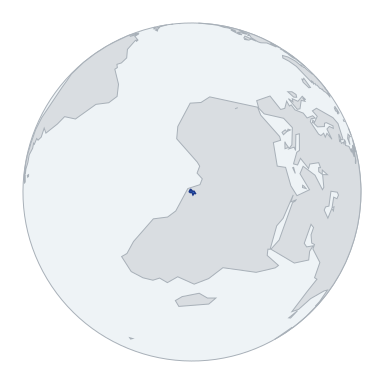 the Earth from above Moyen-Ogooué, rotated 59°
{"feature_id": "GAB-2621", "entity_name": "Moyen-Ogooué", "entity_type": "Province", "adm_level": 1, "iso_a3": "GAB", "parent_name": "Gabon", "parent_adm1": "", "projection": "orthographic", "projection_center": [10.538, -0.51], "detail": "fine", "context": "on_globe", "style": "filled", "palette": "blue", "viewbox_px": 384, "rotation_deg": 59, "n_neighbors": 0, "source": "natural_earth", "source_scale": "10m", "svg_char_len": 7354}
<svg xmlns="http://www.w3.org/2000/svg" viewBox="0 0 384 384"><g transform="rotate(59 192 192)"><circle cx="192" cy="192" r="169" fill="#eef3f6" stroke="#a8b0b8"/><path d="M88.8,58.2L89.3,57.8L90.1,57.2L95.9,53.0L98.9,51.0L104.5,47.5L107.2,45.9L113.5,42.4L114.2,42.1L111.5,44.0L106.2,47.1L104.9,48.2L111.2,45.0L102.8,51.1L99.5,56.2L97.1,58.2L90.1,61.8L86.7,61.9L77.6,68.6L85.1,63.8L79.1,69.7L78.8,70.7L80.1,70.4L83.0,68.1L81.3,70.3L73.2,75.3L74.7,73.4L77.2,71.7L75.6,72.0L70.1,76.4L67.5,79.6L61.9,84.5L60.0,87.0L57.7,89.7L61.2,85.3L54.8,93.7L50.5,99.6L58.8,88.1L67.9,77.3L78.0,67.3L88.8,58.2ZM25.4,164.0L25.1,166.6L26.7,159.4L28.5,155.4L26.7,165.2L29.1,156.2L29.1,160.8L33.7,160.1L32.9,162.4L36.5,173.9L43.4,178.9L45.0,186.1L43.9,190.6L46.9,191.9L47.0,194.9L61.8,199.5L71.5,207.0L72.6,217.4L67.4,229.2L69.4,254.3L61.8,262.4L64.4,272.4L66.3,286.9L61.1,285.8L67.3,293.0L68.3,297.3L66.2,297.6L69.9,302.6L68.6,302.7L72.4,306.0L76.3,312.4L82.3,317.6L86.8,322.6L90.8,325.6L90.2,325.5L91.2,326.6L93.4,328.3L88.9,325.5L80.7,318.8L77.1,315.3L76.3,314.8L68.1,305.8L69.4,307.6L58.0,293.9L50.8,282.4L35.1,248.9L32.3,242.2L28.8,234.6L25.1,218.3L23.5,204.0L23.1,189.5L23.6,180.6L24.9,167.5L25.1,166.0L25.4,164.0ZM35.9,127.2L34.2,133.3L33.2,134.6L33.8,133.0L34.9,129.8L35.1,129.3L35.9,127.2ZM41.0,116.4L41.2,115.8L41.3,115.7L41.0,116.4ZM143.0,30.3L142.2,30.6L143.0,30.3ZM98.4,331.3L90.3,326.6L93.9,328.7L91.3,326.1L97.4,329.7L98.4,331.3ZM92.9,324.6L92.9,323.1L94.4,324.0L94.7,325.2L92.9,324.6ZM356.5,153.5L356.4,152.8L358.7,164.8L359.3,168.4L360.2,176.3L359.9,173.0L359.3,169.0L357.5,158.4L353.4,142.7L353.4,145.2L351.6,139.0L345.8,126.4L344.8,129.8L344.5,145.2L347.5,161.1L346.0,168.0L336.7,144.8L331.1,129.8L328.6,131.1L318.3,118.7L303.1,117.7L300.1,114.0L297.4,115.7L290.0,112.0L285.1,106.1L281.0,106.6L293.8,122.2L298.1,122.0L300.5,115.9L303.4,121.7L310.4,127.0L305.6,140.9L281.7,153.8L278.0,142.0L252.9,111.3L252.9,108.0L252.7,107.6L252.3,106.9L251.4,112.4L246.6,106.7L261.5,127.5L264.6,136.8L281.3,154.5L280.1,156.4L285.1,160.2L299.5,155.7L299.9,159.7L293.9,178.4L272.8,204.5L274.8,222.3L272.1,237.6L257.3,247.9L257.0,259.8L249.1,264.1L247.5,270.9L240.3,278.2L228.9,285.1L211.1,285.6L211.2,279.4L204.3,267.6L195.1,239.0L200.9,225.8L199.9,215.7L186.9,193.8L189.8,181.4L186.0,176.4L178.4,177.9L173.8,172.1L169.1,172.1L138.5,177.7L128.5,170.4L114.9,147.8L119.9,138.2L119.6,127.8L153.1,92.1L161.6,93.5L189.6,88.3L193.3,89.4L191.5,96.8L213.7,105.6L219.1,99.1L237.7,104.1L249.2,103.9L250.6,90.1L231.9,90.0L227.2,83.5L241.0,77.9L257.2,79.0L255.9,76.6L244.4,71.1L246.9,67.0L240.3,69.0L243.9,71.3L239.9,72.9L236.3,70.9L237.3,69.3L232.1,68.3L228.7,76.6L231.9,80.0L219.0,81.7L223.2,87.6L220.2,90.5L211.9,81.7L211.7,78.5L197.4,70.0L196.3,73.4L209.8,81.9L206.2,81.3L204.9,86.8L203.0,82.1L188.5,72.8L176.0,75.5L162.2,89.9L154.5,91.6L147.0,89.5L149.9,75.7L166.9,73.5L168.1,69.4L162.9,64.1L168.5,64.2L168.4,62.1L174.7,61.4L181.7,56.0L187.8,55.2L188.8,49.3L192.1,48.3L190.5,52.0L192.7,54.4L207.6,53.7L210.0,52.4L209.4,48.9L213.6,49.5L211.2,46.1L218.9,44.9L207.5,43.9L206.5,40.5L210.2,38.1L207.9,37.1L201.8,41.1L201.3,43.0L204.1,44.8L200.8,50.9L196.0,52.1L191.7,45.7L184.5,47.0L184.3,42.2L200.8,32.9L208.5,31.6L224.9,35.5L224.1,37.1L217.8,36.4L225.2,39.7L223.8,38.1L227.3,38.9L227.3,36.6L229.7,37.1L225.5,34.3L228.5,34.6L231.2,36.4L233.7,34.0L239.5,34.7L238.9,34.0L236.6,33.1L245.4,34.9L244.6,34.4L241.4,33.5L237.6,32.0L234.4,30.2L237.7,30.9L239.3,31.6L247.5,34.7L251.2,37.0L252.2,37.2L249.7,35.4L239.7,31.6L236.9,30.4L241.8,31.9L239.8,31.2L239.4,30.9L242.0,31.4L236.7,29.7L229.8,27.3L241.9,30.6L253.8,34.7L265.3,39.8L276.4,45.6L287.0,52.3L297.1,59.7L306.7,67.9L315.6,76.8L323.8,86.3L331.3,96.3L338.0,106.9L343.9,118.0L349.0,129.5L353.2,141.3L356.5,153.5ZM143.3,109.3L142.8,112.3L143.3,109.3ZM275.6,88.0L284.4,89.0L278.1,80.6L281.0,80.5L277.8,77.9L277.6,80.0L269.4,73.2L272.4,71.2L270.1,68.0L267.0,67.6L262.9,72.5L274.6,81.9L273.6,85.2L275.6,88.0ZM33.9,160.0L34.3,161.9L33.4,162.0L33.9,160.0ZM31.8,138.5L31.5,140.0L31.2,140.6L31.8,138.5ZM35.5,138.0L36.2,138.8L34.9,139.6L35.5,138.0ZM34.1,134.3L34.9,137.8L32.5,140.7L32.2,138.7L33.2,137.7L34.1,134.3ZM38.4,121.7L38.1,122.3L37.4,124.0L38.4,121.7ZM41.0,116.3L40.9,116.5L41.6,115.2L41.0,116.3ZM79.6,69.4L80.2,69.1L80.9,69.3L79.5,70.2L79.6,69.4ZM91.1,65.0L88.1,68.7L89.2,66.5L86.6,68.2L85.6,66.3L95.9,59.2L91.4,62.6L91.1,65.0ZM87.1,62.4L86.6,64.0L86.8,62.6L87.1,62.4ZM162.0,52.6L164.7,53.5L163.1,55.9L155.4,58.3L157.6,54.7L162.0,52.6ZM168.8,54.5L166.7,48.2L171.4,47.0L169.1,48.6L172.5,48.4L169.7,51.2L176.3,56.6L175.3,59.2L161.6,61.3L166.6,59.0L163.7,58.0L168.8,54.5ZM153.0,39.1L152.1,37.6L163.4,36.6L162.9,38.1L155.2,40.2L151.3,39.6L153.0,39.1ZM127.4,35.9L126.3,36.3L127.6,35.8L129.6,35.0L127.4,35.9ZM141.9,30.6L133.4,34.0L131.7,34.5L128.7,36.5L123.2,38.7L125.3,37.2L118.8,40.8L118.6,40.4L114.6,42.8L120.0,39.2L119.5,39.4L122.1,38.3L127.2,36.1L129.3,35.2L133.9,33.4L141.9,30.6ZM180.9,24.2L176.5,24.5L182.1,24.8L177.3,25.3L178.3,25.3L175.4,26.0L173.5,27.1L171.2,27.3L171.5,27.7L169.6,28.4L169.2,29.0L164.8,29.8L164.0,30.8L162.3,30.6L162.1,32.2L160.3,31.5L157.7,32.6L160.8,32.7L138.0,37.9L129.8,41.5L123.9,45.1L121.6,44.1L125.6,40.3L132.9,36.0L141.1,33.1L138.6,33.4L141.7,32.2L142.4,32.4L143.3,31.4L146.1,30.6L152.5,28.3L152.0,28.0L154.4,27.3L156.0,27.1L157.2,26.7L161.8,25.9L163.6,25.5L169.9,24.6L171.9,24.7L173.8,24.3L178.6,24.0L180.9,24.2ZM171.8,24.2L172.2,24.2L171.3,24.4L160.9,25.9L171.8,24.2ZM160.5,26.0L158.5,26.4L156.5,26.8L160.5,26.0ZM196.7,86.5L199.4,86.7L203.5,86.3L202.8,90.0L196.7,86.5ZM186.7,80.1L189.1,79.6L190.0,84.1L187.2,84.1L186.7,80.1ZM189.5,75.7L189.1,79.2L187.6,77.3L189.5,75.7ZM192.6,51.4L195.0,50.9L195.6,51.7L194.6,53.1L192.6,51.4ZM196.4,27.2L194.1,26.8L194.6,26.6L192.0,25.5L195.3,25.3L198.2,25.9L196.4,27.2ZM247.9,92.4L245.1,95.0L243.2,93.7L244.5,93.0L247.9,92.4ZM223.2,92.2L229.3,93.9L223.0,93.2L223.2,92.2ZM199.6,26.8L198.1,26.3L200.7,26.5L199.6,26.8ZM197.6,25.2L200.5,25.3L195.4,25.2L197.6,25.2ZM287.1,318.3L286.4,320.4L284.7,320.5L287.1,318.3ZM296.7,235.3L283.3,262.2L276.5,262.2L276.6,254.3L282.5,238.0L290.8,233.4L295.2,226.1L296.7,235.3ZM360.9,196.9L359.5,175.7L360.0,176.5L360.8,183.7L360.9,196.9ZM348.1,162.7L350.8,172.4L349.7,173.9L348.1,162.7ZM226.0,27.7L225.9,29.1L228.1,30.7L232.8,32.2L226.2,31.0L222.8,28.5L226.0,27.7ZM224.7,26.2L224.9,26.3L220.0,25.4L217.6,25.0L219.0,25.2L224.7,26.2ZM209.9,25.1L209.7,25.4L207.6,25.1L209.9,25.1Z" fill="#d9dde1" stroke="#a8b0b8" stroke-width="1"/><path d="M195.1,189.8L195.1,190.0L194.9,190.1L194.4,190.4L194.3,190.5L194.2,190.6L194.2,190.8L194.3,190.8L194.4,191.1L194.4,191.3L194.5,191.6L194.6,191.8L194.6,192.0L194.8,192.1L194.9,192.3L194.9,192.5L195.0,192.7L194.8,192.7L194.7,192.7L194.3,192.6L193.9,192.2L193.7,192.2L193.1,192.3L192.9,192.4L192.7,192.4L192.4,192.4L192.4,192.5L192.2,192.7L192.0,192.8L191.9,193.0L191.8,193.3L191.7,193.4L191.6,193.5L191.6,193.8L191.4,193.9L191.2,193.9L190.9,193.9L190.6,194.2L190.4,194.2L190.2,194.0L190.1,193.9L190.2,193.7L190.3,193.6L190.2,193.5L190.2,193.4L190.1,193.2L189.9,193.2L189.7,193.2L189.3,192.8L189.1,192.2L189.1,191.7L189.3,191.6L189.5,191.6L189.8,191.6L190.0,191.5L190.1,191.4L190.3,191.4L190.3,191.5L190.5,191.7L191.1,191.4L191.3,191.2L191.5,191.0L192.0,190.7L192.1,190.4L192.3,190.3L192.3,190.2L192.4,189.9L192.6,189.9L192.8,189.8L195.1,189.8Z" fill="#3b82f6" stroke="#1e3a8a" stroke-width="1.5"/></g></svg>